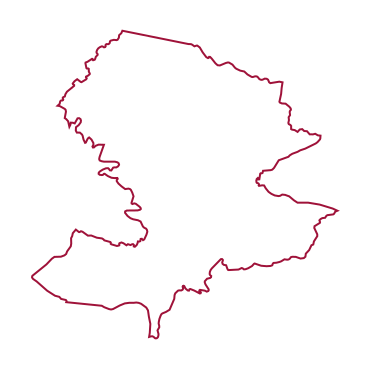 Concepcion, Ocotepeque, Honduras, rotated 8°
{"feature_id": "27666195B60118725213626", "entity_name": "Concepcion", "entity_type": "district", "adm_level": 2, "iso_a3": "HND", "parent_name": "Honduras", "parent_adm1": "Ocotepeque", "projection": "orthographic", "projection_center": [-89.206, 14.517], "detail": "fine", "context": "isolated", "style": "outline", "palette": "rose", "viewbox_px": 384, "rotation_deg": 8, "n_neighbors": 0, "source": "geoboundaries", "source_scale": "gbopen_adm2", "svg_char_len": 5911}
<svg xmlns="http://www.w3.org/2000/svg" viewBox="0 0 384 384"><g transform="rotate(8 192 192)"><path d="M169.7,341.5L171.7,340.6L172.9,340.4L174.1,340.8L175.7,341.9L176.6,342.0L177.6,341.6L178.4,340.6L178.7,339.0L178.6,337.3L177.1,333.8L178.4,330.6L178.2,329.2L177.3,327.0L177.2,325.3L177.4,322.1L178.2,318.6L178.7,317.3L179.5,316.4L182.9,314.4L186.2,311.7L189.3,300.3L189.1,296.5L189.5,294.7L191.8,291.7L192.9,291.2L195.0,291.0L196.2,290.2L196.7,288.9L195.9,287.1L196.1,286.3L196.7,286.0L197.4,286.2L199.1,288.6L201.5,290.1L202.7,290.1L203.1,288.6L203.9,288.3L208.0,289.3L213.8,291.4L214.6,291.1L214.8,290.4L214.4,289.8L213.0,289.1L213.0,288.4L213.5,287.8L218.4,287.9L220.5,288.6L221.9,287.8L222.2,287.0L222.0,286.0L218.2,281.6L217.2,279.7L217.1,278.6L219.0,275.8L221.9,274.6L222.7,273.8L222.7,272.5L221.4,271.7L220.9,270.8L220.8,268.7L221.3,266.7L222.2,265.0L229.9,254.5L231.0,254.2L231.9,254.8L232.1,255.6L231.7,257.5L232.3,258.9L233.6,259.7L236.0,259.8L237.7,263.1L238.5,264.1L239.2,264.2L248.9,262.3L251.7,260.4L252.7,260.5L254.2,261.4L255.8,261.0L258.2,259.7L261.7,257.0L263.4,254.5L264.0,254.1L270.8,255.4L276.2,255.1L280.1,254.3L281.7,253.4L282.0,251.7L282.6,250.9L285.4,250.3L288.4,249.1L290.0,248.2L292.9,245.8L295.7,245.8L297.0,245.4L298.0,244.6L299.0,242.8L300.3,242.2L303.8,241.8L308.7,242.8L311.9,241.9L313.3,240.3L313.3,237.2L316.1,233.2L317.7,228.1L319.4,227.1L319.6,224.0L322.2,218.3L321.9,216.4L318.1,210.6L318.1,208.8L322.9,204.8L323.0,204.0L322.1,202.3L323.1,200.9L324.7,199.7L327.4,199.0L328.4,196.9L329.3,196.1L335.0,194.5L335.7,193.8L336.6,191.5L338.6,190.3L333.6,188.8L320.2,186.7L308.5,186.4L298.0,187.9L294.0,186.0L288.9,182.8L284.6,181.9L281.7,182.0L279.8,183.5L278.3,184.0L274.4,183.9L270.9,182.8L267.8,181.2L264.5,178.1L262.5,175.5L260.6,175.6L257.5,176.6L257.1,176.2L257.3,175.2L256.9,174.5L256.2,174.1L255.1,174.0L254.6,173.6L254.1,171.9L254.3,170.1L255.3,168.9L255.7,169.2L256.0,170.3L256.9,170.1L257.0,164.4L257.4,163.9L258.5,163.8L259.2,163.3L259.4,161.1L266.9,159.4L268.4,158.7L269.9,156.7L273.5,148.5L282.6,143.7L283.7,142.1L286.0,140.2L291.0,137.5L293.3,135.7L298.1,133.3L307.8,126.7L309.3,125.2L311.4,122.1L311.6,121.1L311.4,118.3L308.8,118.4L305.9,117.2L303.8,118.1L300.5,118.5L297.4,115.8L294.6,116.0L292.4,114.4L290.0,115.1L288.2,117.8L285.1,116.4L282.3,116.3L281.4,115.9L281.0,112.8L280.1,111.9L278.4,111.3L277.8,110.2L278.0,107.3L277.3,104.5L278.4,102.2L277.6,99.2L277.7,98.2L278.5,96.8L278.1,95.5L276.5,94.0L272.4,91.5L268.7,91.8L266.6,91.2L266.0,90.5L266.6,82.5L266.3,76.4L266.4,70.8L263.1,70.6L254.4,73.3L253.1,72.6L251.7,70.2L250.2,69.5L248.3,69.6L246.2,71.0L244.9,71.3L243.1,70.9L241.2,69.1L240.0,68.5L238.3,68.7L236.2,69.7L235.0,69.7L230.6,67.9L227.0,65.4L222.9,65.1L218.7,63.8L217.2,62.9L214.3,60.2L210.6,58.7L209.6,58.7L207.6,59.5L202.0,62.8L199.7,62.9L197.3,61.3L192.9,57.1L191.1,55.7L190.1,55.8L189.8,56.9L189.2,57.2L187.3,56.4L183.1,52.2L179.6,47.8L176.9,46.3L176.1,46.4L174.1,47.4L171.7,46.1L170.3,45.7L168.1,46.0L100.6,42.0L99.9,44.6L98.0,46.9L98.1,49.4L97.1,51.6L96.2,52.1L93.4,52.2L90.5,53.4L89.8,54.2L89.8,55.8L89.3,56.7L88.4,57.3L86.9,57.4L86.1,58.0L85.9,58.7L86.2,59.9L85.8,60.6L84.7,61.0L83.2,60.3L82.2,60.4L80.5,61.5L79.1,62.9L78.2,64.8L77.9,66.6L78.2,67.5L79.3,68.5L79.5,69.3L77.9,71.6L77.6,73.7L77.2,74.6L75.7,75.3L75.2,75.0L75.0,74.1L74.5,74.0L70.4,77.6L68.6,78.6L68.5,79.2L70.2,84.0L70.8,84.4L71.9,84.1L72.6,84.4L73.1,87.2L74.3,88.9L74.3,89.6L72.9,91.2L71.0,92.5L71.0,93.2L71.9,94.0L71.6,95.1L67.3,98.6L66.5,98.5L62.6,96.3L60.2,98.7L58.8,101.2L59.2,101.9L60.4,102.4L60.5,103.3L54.2,110.1L53.0,112.9L52.8,115.1L51.4,115.9L50.9,116.6L51.0,117.3L51.6,118.2L51.5,118.9L51.0,119.4L49.8,119.5L49.2,120.0L48.8,121.0L48.7,123.1L46.9,125.3L49.0,125.3L54.4,127.4L55.4,128.2L56.0,130.0L55.7,136.5L57.4,137.4L59.5,139.2L61.5,144.5L62.2,142.4L62.3,140.2L64.4,140.0L66.3,140.4L68.4,135.0L69.9,134.6L71.4,135.3L72.1,136.7L72.1,138.5L70.5,141.5L68.1,144.0L68.4,147.4L69.7,149.2L72.7,148.8L75.1,150.4L75.9,151.6L77.3,155.2L79.3,158.2L80.0,157.8L81.1,154.2L82.0,152.7L82.6,152.3L85.2,154.1L87.5,157.2L87.8,158.9L87.1,160.8L87.7,161.7L88.7,161.5L90.1,159.7L92.9,158.1L98.2,157.5L95.6,170.2L95.5,172.3L96.2,173.6L98.2,174.1L100.5,174.2L111.5,172.7L114.1,173.0L115.4,173.8L116.0,175.2L115.2,176.9L113.6,178.2L111.4,178.5L110.5,178.9L109.1,181.9L107.7,182.0L106.4,180.6L105.6,180.1L103.5,180.5L100.6,182.2L98.1,184.3L97.0,185.7L97.0,187.0L98.2,187.8L100.3,187.8L101.3,187.5L102.2,186.3L102.9,186.1L106.4,187.9L110.3,189.1L113.3,189.0L116.1,188.5L116.6,189.3L115.8,190.7L116.0,191.8L118.0,193.9L121.4,196.2L125.4,198.4L128.6,197.5L130.1,197.7L131.1,198.3L132.9,200.9L134.7,204.4L133.6,211.1L133.8,211.8L134.7,212.2L136.4,211.3L138.0,211.5L142.3,214.0L143.3,214.9L143.7,215.9L143.0,216.8L140.7,217.8L130.1,219.4L128.5,220.5L128.6,221.9L131.5,224.7L134.7,226.5L137.5,227.2L142.5,227.5L145.2,228.4L148.2,233.0L149.6,234.0L151.7,234.7L152.7,235.9L153.3,237.6L152.8,240.7L151.3,245.6L150.2,246.5L148.8,245.3L147.7,245.6L147.6,247.9L146.8,248.4L145.3,248.5L145.2,250.4L144.5,252.4L143.0,254.2L141.9,254.0L141.8,252.5L141.0,251.9L140.1,252.0L138.5,253.1L135.8,252.6L134.5,253.9L131.3,252.3L129.2,251.8L127.3,252.8L127.1,253.5L127.5,254.6L127.2,255.1L125.2,255.9L119.3,255.0L118.7,254.6L118.6,253.3L118.1,252.9L111.9,252.1L110.9,251.2L109.3,250.5L104.1,250.5L98.3,249.1L95.0,249.7L89.1,246.6L87.5,246.3L86.3,247.3L85.6,247.4L82.2,245.4L79.7,249.4L79.5,252.3L78.7,254.6L79.6,260.0L79.5,262.7L76.6,268.2L76.0,270.9L74.5,272.5L71.2,274.3L64.8,275.4L62.5,277.6L57.9,284.0L45.6,297.2L45.4,298.6L45.9,299.4L46.7,300.2L50.6,302.2L62.3,309.9L70.8,313.8L75.2,314.3L77.3,316.1L82.1,316.5L83.0,317.5L82.8,318.6L118.5,317.2L121.1,318.3L126.2,319.5L128.2,319.6L130.1,318.9L136.3,314.4L140.9,311.7L145.5,310.4L149.5,309.9L152.2,309.2L154.6,309.2L157.2,309.8L162.8,312.8L164.9,315.4L166.7,321.6L169.1,328.4L169.8,337.5L169.7,341.5Z" fill="none" stroke="#9f1239" stroke-width="2"/></g></svg>